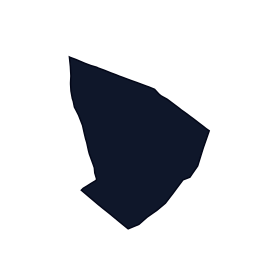 Santa Catarina Ticuá, Oaxaca, Mexico, rotated 152°
{"feature_id": "50627088B91995558537329", "entity_name": "Santa Catarina Ticuá", "entity_type": "district", "adm_level": 2, "iso_a3": "MEX", "parent_name": "Mexico", "parent_adm1": "Oaxaca", "projection": "orthographic", "projection_center": [-97.534, 17.055], "detail": "fine", "context": "isolated", "style": "filled", "palette": "ink", "viewbox_px": 256, "rotation_deg": 152, "n_neighbors": 0, "source": "geoboundaries", "source_scale": "gbopen_adm2", "svg_char_len": 1178}
<svg xmlns="http://www.w3.org/2000/svg" viewBox="0 0 256 256"><g transform="rotate(152 128 128)"><path d="M198.4,95.0L195.3,87.2L191.9,78.7L190.0,73.9L189.7,73.3L187.9,69.0L184.4,61.0L180.0,50.3L178.0,45.5L175.2,38.9L163.6,37.8L153.1,40.3L141.0,41.8L132.9,43.5L130.2,44.1L124.1,46.9L119.0,49.2L113.6,51.8L103.8,56.4L96.4,55.5L91.7,58.0L84.3,61.8L70.8,75.2L64.4,81.1L57.6,87.4L59.4,90.9L60.5,93.5L63.5,100.0L65.7,104.9L66.6,106.8L67.2,108.0L68.3,110.3L68.5,110.8L70.7,115.4L72.5,118.9L73.5,121.3L76.9,128.6L79.9,135.0L81.2,137.0L82.8,139.4L83.9,141.2L84.8,143.5L86.4,149.7L90.2,154.3L92.4,156.7L98.5,163.6L102.9,168.4L106.9,172.9L109.0,175.3L111.2,177.7L113.7,180.7L115.3,182.5L117.6,185.1L121.7,190.0L126.2,195.0L127.1,196.3L131.5,200.6L135.5,205.1L139.7,210.3L140.9,211.8L141.8,212.9L145.9,217.5L146.4,218.2L150.0,209.3L154.0,200.7L157.3,195.2L158.1,193.7L161.0,187.4L163.3,180.2L163.8,177.3L165.5,171.6L165.5,168.1L165.6,162.5L166.9,151.6L169.0,144.1L170.5,138.3L171.2,134.7L173.5,126.6L174.3,123.2L175.9,111.8L176.4,108.7L178.4,104.0L179.6,98.0L180.4,96.9L181.1,96.7L186.8,96.4L191.9,96.0L195.8,95.8L198.4,95.0Z" fill="#0f172a" stroke="#020617" stroke-width="1.5"/></g></svg>